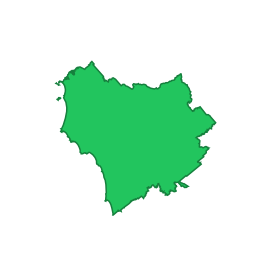 Mid-Coast, New South Wales, Australia, rotated 131°
{"feature_id": "25037944B78442704405462", "entity_name": "Mid-Coast", "entity_type": "district", "adm_level": 2, "iso_a3": "AUS", "parent_name": "Australia", "parent_adm1": "New South Wales", "projection": "natural_earth1", "projection_center": [152.11, -32.076], "detail": "fine", "context": "isolated", "style": "filled", "palette": "green", "viewbox_px": 256, "rotation_deg": 131, "n_neighbors": 0, "source": "geoboundaries", "source_scale": "gbopen_adm2", "svg_char_len": 5732}
<svg xmlns="http://www.w3.org/2000/svg" viewBox="0 0 256 256"><g transform="rotate(131 128 128)"><path d="M101.5,198.9L103.5,199.1L105.3,198.5L105.9,198.9L106.0,198.3L110.8,199.3L112.1,199.1L113.4,204.2L115.1,205.6L115.4,204.9L115.9,204.9L115.7,205.5L116.0,206.1L117.1,206.3L118.1,205.8L118.2,206.2L119.3,206.2L120.0,205.5L120.6,206.4L120.3,206.8L120.5,207.2L121.4,207.6L121.8,206.9L121.5,205.0L122.6,203.7L123.4,203.7L123.5,204.2L123.2,204.9L123.5,205.1L123.1,205.6L123.4,206.3L122.2,207.2L122.8,208.0L123.8,207.8L123.8,208.3L123.1,208.5L124.4,208.9L125.6,208.7L126.2,208.1L127.4,208.4L128.3,207.7L129.1,207.8L129.0,206.5L129.7,205.4L129.7,204.9L129.9,204.7L130.5,205.8L131.6,206.4L130.5,207.1L130.5,207.9L130.9,208.3L130.7,208.4L131.8,208.4L132.4,207.3L133.7,208.0L135.4,207.4L136.3,208.0L137.4,210.3L138.8,210.4L139.2,209.7L137.4,209.5L136.8,208.3L136.9,205.8L137.8,203.4L139.8,200.7L141.6,199.2L145.1,197.4L145.7,197.6L145.9,196.9L147.4,196.4L149.3,191.7L152.8,187.5L155.9,185.0L161.8,181.6L168.3,178.7L172.1,177.6L172.6,178.0L172.8,176.9L174.8,176.5L174.6,175.1L173.7,175.3L173.3,174.7L173.0,174.9L172.6,174.4L172.3,171.8L173.0,169.1L173.5,168.2L174.2,168.0L174.1,167.1L173.7,166.8L174.2,164.9L174.9,164.0L175.3,164.0L175.0,163.2L176.1,162.1L175.5,161.1L174.9,161.5L174.4,161.3L173.7,160.1L173.9,159.7L173.1,159.1L173.1,156.8L173.4,154.9L174.5,152.2L176.0,149.6L177.7,148.2L177.6,147.3L178.2,146.4L177.1,145.3L175.2,144.5L175.0,143.7L174.6,143.6L174.5,142.1L172.0,141.5L171.5,140.7L171.2,137.1L171.9,133.4L173.4,130.3L175.3,128.5L175.7,127.7L175.2,126.8L175.8,125.6L175.0,124.1L175.7,121.7L177.2,119.6L178.1,119.3L177.7,118.5L179.2,115.8L181.0,113.7L182.3,111.0L185.2,107.5L191.2,101.8L192.2,101.6L193.7,100.0L197.0,97.6L198.0,97.5L197.8,96.7L196.8,97.2L196.0,96.2L195.7,94.6L196.1,92.8L197.0,90.7L199.1,87.5L202.7,82.8L203.6,82.4L203.4,82.1L197.3,81.2L196.0,81.6L197.0,80.6L195.6,79.5L195.4,78.5L194.5,79.7L190.7,79.0L190.5,78.6L190.1,78.9L184.5,77.6L182.2,77.4L181.5,77.4L181.5,77.9L180.8,77.8L180.9,77.3L178.9,76.9L178.9,76.6L177.9,76.5L177.9,76.0L176.7,75.8L176.9,75.1L174.5,74.6L174.6,73.8L170.8,73.2L170.6,72.7L170.9,70.1L169.6,70.6L168.4,70.3L167.8,70.8L166.8,70.6L166.4,71.4L165.3,71.2L164.7,71.5L164.6,72.1L164.1,72.2L162.0,71.3L161.9,72.3L160.8,73.0L160.6,74.2L159.0,73.8L159.3,72.6L158.3,72.4L158.3,72.0L157.9,71.8L156.7,71.8L155.8,72.3L154.8,72.0L154.5,71.8L155.1,68.5L154.1,68.3L154.3,67.4L152.9,67.1L152.6,68.3L151.6,68.1L150.3,68.8L150.0,68.5L150.5,68.3L150.3,67.8L150.9,66.8L151.0,65.4L151.6,65.3L152.2,64.4L152.1,63.7L153.0,63.0L153.8,63.1L154.4,62.1L153.5,61.8L153.7,61.3L153.2,61.1L153.7,60.7L153.6,59.6L152.6,59.3L153.7,58.8L152.5,57.3L153.0,56.5L153.9,56.0L153.6,55.8L153.7,55.3L152.5,55.3L152.8,54.1L151.4,53.6L149.7,53.7L148.7,55.2L147.9,54.5L147.1,55.2L146.8,54.8L147.1,54.3L146.3,53.0L146.0,53.0L146.0,51.9L145.4,51.0L144.2,50.3L143.8,50.7L144.1,50.9L143.8,51.8L143.1,52.6L142.7,52.4L142.3,53.2L140.2,53.0L140.0,53.8L139.8,53.9L140.1,54.5L139.3,55.9L139.7,56.4L138.9,57.3L138.1,57.1L137.3,55.6L135.9,54.6L136.4,53.1L136.5,50.8L137.1,49.7L136.9,49.2L136.1,49.0L135.7,48.4L135.8,46.3L134.3,44.8L133.4,44.9L132.6,44.4L133.3,49.3L133.9,49.7L134.0,50.8L134.6,52.0L134.4,54.3L126.0,53.0L125.8,52.1L107.3,49.0L107.1,49.6L107.6,49.9L106.9,50.4L107.3,50.4L107.2,50.9L107.5,51.2L107.1,52.1L108.0,53.0L107.6,53.4L100.0,52.0L99.8,53.2L95.4,52.7L94.0,54.0L91.0,53.5L90.9,54.1L90.1,53.9L90.5,54.7L90.2,55.2L90.8,56.1L90.7,56.7L91.3,57.4L93.7,58.3L93.9,59.8L94.4,60.6L95.2,60.9L95.4,61.8L93.3,63.3L93.2,64.2L92.5,64.0L90.5,65.4L90.3,66.7L90.7,68.5L90.4,68.6L90.2,69.7L90.5,70.2L88.7,70.0L87.9,69.0L87.3,68.7L87.0,69.0L85.8,67.9L85.5,68.3L84.5,67.8L84.3,68.3L83.4,68.2L83.1,67.7L83.5,67.1L82.4,66.4L81.6,66.9L79.7,67.0L80.0,66.3L79.3,65.6L78.7,66.1L78.1,66.0L78.5,66.6L77.6,66.5L77.2,67.2L76.3,66.1L74.7,66.3L74.6,65.6L73.7,65.1L73.7,64.6L71.9,65.9L71.1,65.5L70.3,66.5L69.4,66.1L69.0,65.3L68.3,65.3L68.3,65.7L66.7,65.1L66.6,64.7L65.4,73.1L65.1,73.8L65.3,76.2L66.6,77.6L64.7,87.5L66.0,88.0L66.2,87.7L66.6,88.4L67.2,88.4L67.0,88.6L68.7,89.9L69.0,89.7L70.2,90.3L70.9,89.7L71.7,90.1L71.9,89.6L73.0,90.2L72.5,93.7L72.0,94.2L72.3,94.6L72.0,96.5L71.7,97.5L71.2,97.7L71.1,98.8L69.7,99.7L68.3,99.5L69.0,98.9L69.0,98.1L68.5,97.8L68.1,98.2L66.7,97.6L64.6,98.6L64.2,99.2L64.6,100.2L64.3,100.6L63.1,101.6L62.2,101.6L61.6,102.4L61.9,103.1L61.3,103.8L59.5,104.4L59.5,105.7L58.1,107.8L57.5,110.6L56.6,111.6L57.4,112.9L57.1,114.5L58.0,117.4L56.8,118.7L56.8,119.3L56.2,119.5L56.3,120.2L54.4,120.9L52.4,123.4L52.8,123.9L53.5,123.6L54.7,124.3L55.4,124.2L56.2,125.1L57.0,124.7L58.1,124.8L59.2,125.4L60.8,124.5L61.7,124.7L63.6,126.2L64.7,126.3L65.2,127.1L67.8,127.7L68.9,129.1L70.4,129.7L71.0,130.6L73.1,131.9L74.7,131.6L76.0,130.7L78.9,131.2L79.4,131.9L79.1,132.8L81.2,133.6L83.3,137.4L83.3,138.4L84.0,139.4L83.8,140.0L84.3,141.2L83.8,142.2L84.0,143.5L84.7,144.8L86.5,146.1L86.9,147.3L87.8,148.1L87.7,149.3L88.6,149.5L89.0,150.2L90.0,150.4L90.1,151.4L91.0,152.8L92.3,152.7L93.0,151.4L93.0,150.7L95.1,150.1L96.1,150.5L97.0,155.8L97.7,157.2L97.5,159.3L98.4,160.5L100.6,160.9L99.4,169.4L99.9,172.1L100.8,172.6L102.3,172.2L102.7,172.5L102.6,173.1L103.1,173.8L104.6,174.2L105.0,173.6L106.2,173.2L106.6,176.2L107.9,176.2L108.0,177.0L106.6,178.2L106.9,178.8L106.4,179.9L105.7,179.7L105.2,180.5L103.2,195.8L102.0,195.6L101.5,198.9ZM152.1,199.4L150.7,198.6L150.2,198.8L149.6,198.0L149.8,199.3L150.4,199.5L150.4,200.3L150.3,200.5L150.6,200.2L151.0,200.8L150.6,199.5L151.2,200.0L151.8,199.8L152.1,199.4ZM140.7,208.2L140.9,209.3L141.3,208.6L140.7,208.2ZM152.3,199.6L152.6,200.3L152.9,200.3L152.9,199.7L152.6,199.7L152.6,199.3L152.3,199.6ZM141.4,211.0L141.1,211.5L141.6,211.6L141.4,211.0Z" fill="#22c55e" stroke="#15803d" stroke-width="1.5"/></g></svg>